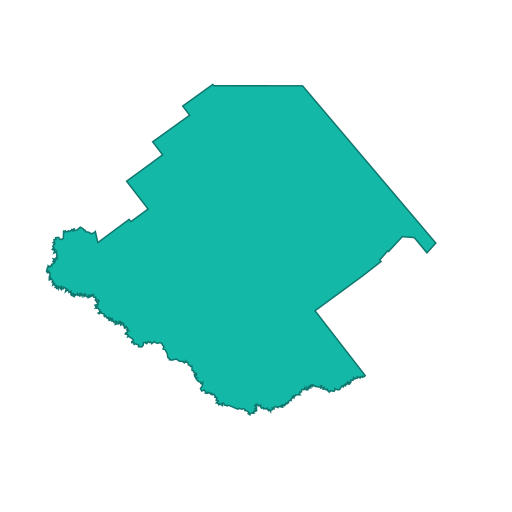 San Cristobal, Santa Fe, Argentina, rotated 132°
{"feature_id": "61730980B50411515207012", "entity_name": "San Cristobal", "entity_type": "district", "adm_level": 2, "iso_a3": "ARG", "parent_name": "Argentina", "parent_adm1": "Santa Fe", "projection": "natural_earth1", "projection_center": [-60.804, -30.162], "detail": "fine", "context": "isolated", "style": "filled", "palette": "teal", "viewbox_px": 512, "rotation_deg": 132, "n_neighbors": 0, "source": "geoboundaries", "source_scale": "gbopen_adm2", "svg_char_len": 6159}
<svg xmlns="http://www.w3.org/2000/svg" viewBox="0 0 512 512"><g transform="rotate(132 256 256)"><path d="M98.4,335.3L157.8,401.4L157.4,402.9L193.6,410.8L195.8,399.5L240.3,409.2L243.3,393.1L287.0,402.2L293.3,367.6L314.2,372.0L313.7,374.8L351.9,382.5L345.3,391.8L347.3,391.9L349.6,393.2L350.2,396.1L351.9,398.9L351.2,400.5L351.8,401.1L351.4,402.1L352.1,405.9L356.6,406.4L358.7,408.1L357.4,409.1L357.8,409.5L359.3,410.0L359.9,409.4L359.7,410.6L362.4,410.7L362.7,412.2L364.7,412.6L364.8,414.4L366.6,414.3L365.9,415.3L366.2,415.7L371.9,410.9L374.2,411.9L374.8,413.4L374.2,415.1L376.5,417.2L377.7,415.7L378.9,417.1L380.5,415.5L381.8,415.7L381.0,414.3L382.0,413.4L382.9,414.1L385.0,413.2L384.7,412.0L385.3,411.9L385.6,410.2L386.8,411.9L387.5,411.8L386.5,409.3L389.0,408.2L386.1,407.4L387.5,406.5L388.0,404.8L389.2,404.4L389.4,403.3L391.0,403.4L391.0,402.1L391.8,402.6L393.4,402.1L393.6,403.1L392.9,403.7L393.7,404.7L393.9,403.3L395.7,403.3L395.0,401.6L395.5,401.3L396.2,402.3L396.9,401.3L398.9,402.3L400.5,400.5L399.8,401.9L401.9,401.9L402.3,403.9L403.4,402.6L403.9,403.3L407.5,401.5L407.7,400.8L407.1,401.1L405.8,399.9L407.6,399.4L406.4,398.1L407.5,396.7L409.4,395.9L409.4,394.1L410.5,393.8L410.8,394.8L412.1,393.6L410.4,392.6L410.0,391.0L410.5,390.1L411.8,390.1L411.3,388.9L413.2,387.8L411.6,387.8L411.3,387.2L412.6,386.5L411.7,384.7L413.3,384.4L411.8,383.5L413.2,383.4L413.6,382.5L413.0,381.8L412.4,383.0L412.0,381.9L412.5,381.1L411.0,381.9L410.8,380.6L408.7,380.4L409.0,379.5L411.1,379.6L411.2,377.9L409.8,378.5L409.1,377.1L407.8,377.9L407.2,375.2L409.9,373.7L406.9,373.4L408.2,370.6L406.0,369.8L407.2,369.3L406.9,367.7L408.0,368.3L408.6,367.6L408.7,366.6L407.7,366.1L408.2,365.1L407.8,363.8L406.7,364.2L407.0,365.4L406.1,366.2L405.8,363.8L403.5,363.7L404.5,362.4L402.3,361.8L403.8,361.2L403.7,360.1L401.7,360.8L402.1,358.7L400.7,359.9L400.6,357.9L398.6,358.0L398.6,356.9L400.8,356.6L399.2,355.8L399.5,354.4L398.3,353.8L399.3,352.8L397.1,351.9L396.8,353.4L396.3,352.0L395.5,352.4L395.6,351.4L393.5,351.5L393.3,350.8L395.0,349.8L395.1,348.9L394.0,347.5L394.8,346.4L396.1,346.2L396.4,344.9L394.3,344.3L394.3,342.6L395.2,342.4L396.6,343.6L397.0,343.0L396.7,342.1L398.3,340.8L398.5,341.7L400.4,342.8L400.7,341.1L400.2,340.2L402.1,340.4L400.3,338.1L400.9,337.0L400.6,336.1L401.6,335.4L401.3,334.0L404.0,335.1L403.9,333.9L402.5,333.8L400.7,330.1L402.4,328.4L402.2,327.8L401.1,327.8L401.8,324.9L400.3,324.5L399.6,322.7L400.2,322.3L401.4,323.2L402.2,322.1L401.1,321.3L398.6,321.1L398.9,320.3L400.8,319.7L399.9,318.4L400.4,317.1L398.3,316.9L398.2,315.2L400.2,315.4L401.0,314.8L399.3,313.9L398.1,312.4L397.0,312.7L397.0,314.0L396.5,314.1L395.3,312.7L397.7,310.3L396.6,310.1L395.6,310.8L394.8,310.1L395.1,308.6L397.0,308.5L396.0,308.4L396.2,307.3L397.6,305.6L397.3,305.0L395.4,305.6L395.4,303.4L395.8,303.7L396.4,302.4L397.2,302.6L396.9,300.9L397.7,301.7L399.2,300.2L400.5,301.4L401.5,300.9L400.7,299.8L400.4,298.0L402.0,297.3L400.9,296.7L400.1,291.3L401.5,290.5L402.6,291.1L403.5,290.3L402.1,288.9L403.3,287.5L401.7,286.5L400.7,283.5L402.1,282.6L400.1,280.1L398.0,280.0L395.6,281.6L393.9,280.1L394.6,279.4L394.3,278.6L391.7,278.9L391.6,277.3L390.4,276.8L391.0,274.8L387.5,274.4L387.7,272.9L386.7,270.6L385.0,269.8L384.0,268.0L384.8,265.5L384.6,264.0L387.3,262.9L386.4,260.8L388.0,256.5L390.4,253.7L390.2,251.8L391.0,251.0L390.2,250.5L390.2,249.3L385.9,246.2L385.4,242.5L382.9,239.2L383.5,238.8L383.3,237.6L381.0,238.0L381.7,236.9L380.6,235.4L382.2,233.4L381.5,232.0L381.9,230.8L380.7,229.9L383.8,227.0L383.0,225.7L384.0,224.8L383.3,221.2L384.6,220.6L385.2,221.6L384.7,222.5L385.4,222.6L386.7,220.5L386.1,218.5L386.8,219.1L387.6,217.8L387.8,214.7L386.9,212.8L387.6,211.8L387.4,210.7L385.8,210.9L388.3,208.9L391.7,208.6L392.7,206.0L390.3,204.8L390.6,202.8L391.8,202.0L390.9,200.5L389.9,200.8L390.0,199.9L388.8,199.7L388.9,197.1L388.0,197.5L387.6,196.9L388.3,195.5L386.8,194.3L387.3,192.8L388.5,192.1L387.5,190.3L389.9,189.0L389.0,188.1L389.0,187.2L391.7,187.2L390.9,186.1L391.4,184.3L390.2,184.6L390.5,183.5L389.8,182.8L389.6,181.0L388.2,182.5L387.4,182.4L387.1,181.1L387.9,180.3L387.7,179.2L386.8,178.3L386.8,177.1L385.2,176.5L382.2,167.5L381.4,166.6L380.5,166.8L379.2,163.8L377.7,163.2L377.4,161.6L378.3,160.8L377.0,158.9L377.0,157.4L377.3,156.6L378.4,156.4L378.1,154.2L377.1,154.8L375.4,154.1L374.9,152.9L373.8,152.3L373.6,153.5L371.8,153.6L371.6,152.3L370.6,152.1L370.0,152.4L370.6,153.4L369.4,153.5L369.7,154.6L368.7,153.9L368.0,154.3L368.1,156.8L367.1,157.0L367.3,156.0L366.5,155.3L365.3,156.0L365.6,153.6L363.6,152.9L365.1,151.7L365.4,149.9L363.9,149.3L364.4,147.8L363.5,147.5L363.0,146.1L361.5,145.9L362.5,143.8L362.5,143.2L361.3,143.1L361.8,141.1L360.8,141.9L358.9,140.9L358.1,142.1L357.4,140.4L356.8,141.2L354.9,140.9L354.0,138.3L353.3,138.8L352.0,137.5L350.1,137.2L349.9,136.4L351.2,136.1L350.5,135.0L348.8,136.5L348.0,133.9L347.7,135.5L346.3,134.7L345.1,135.3L344.5,134.8L344.9,134.1L343.2,133.7L342.5,134.5L341.0,134.5L339.9,133.2L339.5,134.1L337.8,133.8L336.0,135.0L335.1,134.6L336.1,133.5L336.0,132.8L334.3,134.0L333.3,133.1L332.5,133.6L329.8,130.6L329.8,131.6L328.6,131.5L327.8,132.4L326.9,131.4L324.3,132.5L323.2,130.9L321.2,131.6L322.0,130.6L320.6,129.8L321.7,129.9L321.9,129.0L321.0,128.2L320.7,129.2L320.1,129.0L319.5,129.8L319.4,128.3L318.0,129.1L318.2,127.9L317.5,127.3L317.5,129.3L316.9,129.4L315.9,129.1L316.3,128.1L315.2,126.7L314.3,128.4L313.5,127.7L314.0,127.0L313.1,125.8L313.4,124.9L311.4,121.8L310.5,120.7L309.4,121.1L308.5,120.4L310.7,119.4L308.2,117.5L310.0,117.0L308.2,115.2L308.5,114.3L307.4,113.8L308.2,112.7L307.7,112.0L308.2,110.5L306.0,110.2L304.4,107.5L302.7,107.7L301.8,108.7L300.7,105.5L299.3,104.5L295.0,105.2L294.9,103.6L293.4,104.2L292.7,102.8L292.0,103.9L290.9,102.7L290.1,103.6L289.0,102.7L288.1,103.5L287.7,102.3L290.1,101.8L289.3,101.8L288.7,100.8L286.1,101.1L285.0,102.5L283.5,100.8L281.1,102.1L281.2,100.2L279.9,100.0L279.2,99.1L278.0,99.8L278.0,98.9L277.1,98.5L277.1,97.0L275.5,97.5L274.9,95.8L274.1,96.3L273.6,95.0L271.8,94.8L257.2,175.5L200.6,163.7L176.5,159.4L176.1,161.4L163.8,161.6L163.9,160.5L143.7,160.2L136.4,150.7L139.3,131.1L126.1,131.0L98.4,335.3Z" fill="#14b8a6" stroke="#0f766e" stroke-width="1.5"/></g></svg>